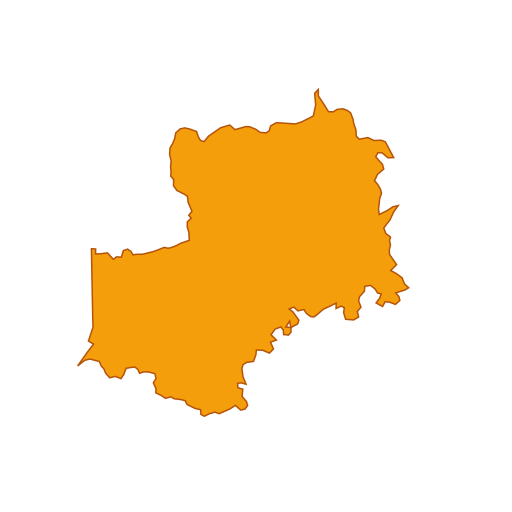 São José da Boa Vista, Paraná, Brazil (Robinson projection), rotated 26°
{"feature_id": "56859067B10835162552954", "entity_name": "São José da Boa Vista", "entity_type": "district", "adm_level": 2, "iso_a3": "BRA", "parent_name": "Brazil", "parent_adm1": "Paraná", "projection": "robinson", "projection_center": [-49.657, -23.956], "detail": "fine", "context": "isolated", "style": "filled", "palette": "amber", "viewbox_px": 512, "rotation_deg": 26, "n_neighbors": 0, "source": "geoboundaries", "source_scale": "gbopen_adm2", "svg_char_len": 3058}
<svg xmlns="http://www.w3.org/2000/svg" viewBox="0 0 512 512"><g transform="rotate(26 256 256)"><path d="M322.2,96.7L317.7,97.1L311.4,100.5L304.6,100.5L297.7,105.7L293.6,104.4L290.5,98.8L285.7,94.0L283.3,90.6L278.3,85.9L274.2,85.1L269.6,85.6L264.6,88.7L262.2,92.6L257.9,94.5L249.4,89.2L241.9,84.8L239.0,79.0L237.4,84.0L243.5,94.3L246.1,105.1L238.3,115.4L233.6,120.0L215.9,127.2L212.1,132.7L213.0,137.6L211.1,140.9L205.4,143.1L200.2,142.2L193.6,142.6L190.2,144.1L181.7,151.6L175.0,149.8L168.0,156.2L160.8,169.1L159.2,175.9L155.4,176.5L151.5,173.8L148.0,170.1L141.0,170.9L135.8,172.1L132.1,175.0L129.9,180.6L131.4,186.0L131.8,191.6L131.4,196.5L133.8,202.6L137.9,207.5L140.4,213.9L142.7,217.4L144.3,221.6L148.4,223.3L151.0,229.0L156.2,231.8L164.7,231.9L168.2,232.4L171.5,237.5L178.9,244.0L177.7,248.9L181.2,250.4L179.3,255.4L181.5,260.1L185.3,264.2L189.2,271.1L182.7,277.6L180.1,281.3L176.7,285.0L173.6,287.6L169.7,288.5L165.3,293.4L161.9,296.9L153.1,304.3L148.1,306.7L144.9,308.9L141.8,306.8L137.6,306.1L134.4,309.3L135.5,316.1L131.0,317.9L129.2,321.5L121.1,318.3L115.5,322.0L110.9,324.5L108.8,320.0L104.9,321.6L135.3,381.1L140.7,391.4L142.7,405.9L148.6,406.4L146.6,416.2L143.9,433.0L147.8,424.8L151.9,421.4L161.4,419.5L165.3,422.8L168.9,424.2L172.2,427.2L177.9,429.6L182.3,425.9L188.4,425.4L189.1,420.6L188.5,413.9L192.3,411.1L195.8,408.9L199.6,409.8L202.8,412.5L205.8,409.4L210.4,407.3L216.7,406.1L219.9,410.0L219.3,415.0L224.3,419.1L225.9,422.9L232.1,422.9L237.0,423.6L241.3,419.9L245.0,420.2L248.4,419.0L252.2,417.8L255.9,417.1L259.2,419.7L268.1,419.7L273.6,418.4L275.9,422.5L279.8,422.7L283.3,418.2L287.6,414.3L292.0,413.9L299.6,404.9L303.0,399.3L309.7,401.2L313.2,398.5L314.0,394.0L311.2,391.0L305.1,388.3L302.5,381.5L297.4,382.3L295.3,378.4L298.4,376.5L303.3,375.6L297.4,370.4L292.7,363.4L292.0,359.2L294.3,355.7L300.0,351.8L299.2,344.9L297.6,340.4L303.1,337.8L310.6,337.4L312.5,331.9L306.8,327.1L311.2,322.6L304.0,320.2L305.3,313.2L309.4,308.9L312.9,310.5L315.3,314.5L319.9,312.8L320.8,309.0L318.8,305.0L323.2,298.8L322.7,294.9L318.5,292.7L313.4,289.9L309.0,289.1L312.4,285.4L317.8,286.9L322.5,283.1L326.3,285.4L331.5,286.5L334.9,285.3L336.8,281.6L339.7,274.5L344.9,268.1L348.7,263.2L351.0,268.1L354.5,263.7L358.0,263.7L359.6,268.5L364.3,273.6L371.7,270.7L375.0,265.9L371.4,261.4L372.8,256.0L367.9,251.4L366.9,247.3L368.9,240.1L367.1,235.5L371.9,232.2L377.6,233.5L381.5,236.0L385.2,235.2L385.6,239.9L384.5,245.5L391.9,245.9L392.1,240.4L396.7,238.9L402.5,238.4L404.8,232.9L402.2,229.8L397.8,227.9L404.8,221.2L407.1,217.6L401.7,216.0L396.8,211.5L390.0,210.3L383.4,210.0L386.1,202.1L375.4,196.1L373.2,192.3L372.0,187.1L369.3,183.8L368.6,180.0L362.8,178.9L358.6,174.8L359.5,170.1L360.6,165.0L360.4,155.9L361.7,148.4L357.5,151.7L354.1,157.5L348.6,164.7L345.6,160.2L341.9,149.8L341.4,144.8L338.8,141.6L334.2,138.4L329.5,136.4L329.4,129.3L332.7,121.8L329.4,118.1L325.3,116.6L320.1,114.3L320.3,109.7L324.2,108.0L331.5,109.9L336.6,107.2L322.2,96.7ZM318.8,305.0L314.0,306.7L314.7,299.8L318.8,305.0Z" fill="#f59e0b" stroke="#b45309" stroke-width="1.5"/></g></svg>